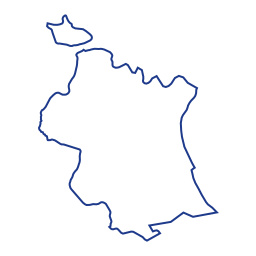 an SVG outline of Valencia
{"feature_id": "ESP-5849", "entity_name": "Valencia", "entity_type": "Autonomous Community", "adm_level": 1, "iso_a3": "ESP", "parent_name": "Spain", "parent_adm1": "", "projection": "natural_earth1", "projection_center": [-1.049, 39.449], "detail": "fine", "context": "isolated", "style": "outline", "palette": "blue", "viewbox_px": 256, "rotation_deg": 0, "n_neighbors": 0, "source": "natural_earth", "source_scale": "10m", "svg_char_len": 3492}
<svg xmlns="http://www.w3.org/2000/svg" viewBox="0 0 256 256"><path d="M197.0,88.1L196.3,89.7L196.1,93.3L195.3,95.8L194.0,97.7L191.1,100.7L189.5,102.9L188.1,105.5L187.4,108.0L186.7,109.9L182.9,115.2L181.7,117.8L180.8,123.2L181.2,130.6L182.0,136.9L184.4,146.8L191.9,162.7L193.2,165.1L194.7,167.7L193.2,168.7L191.5,170.1L192.2,172.8L193.4,178.2L195.4,183.1L198.5,188.6L201.6,194.6L206.1,202.2L207.9,204.4L212.4,207.8L216.9,212.4L193.0,216.8L183.4,212.6L170.8,221.9L149.4,225.5L152.9,231.4L155.2,230.6L156.9,230.4L158.4,231.2L160.0,233.3L147.0,240.6L144.8,239.4L142.7,237.1L133.3,231.8L131.2,231.6L123.0,233.6L121.2,232.8L118.1,229.4L116.9,228.6L115.7,228.6L113.2,229.3L112.0,229.2L111.0,228.7L109.3,226.9L110.5,226.0L110.7,223.5L111.1,222.8L111.4,221.8L111.4,221.1L109.8,216.5L109.8,215.3L110.4,213.0L110.4,211.9L109.8,210.5L105.9,203.9L104.4,202.9L103.2,202.4L102.0,202.2L101.1,202.3L100.5,202.6L98.6,203.8L96.4,204.3L93.1,204.1L89.8,204.9L86.5,205.0L84.9,204.2L82.9,202.6L71.3,189.2L70.4,187.8L69.7,185.4L69.6,183.9L69.9,182.6L70.3,181.6L70.5,180.6L70.9,179.5L72.2,177.4L72.6,176.3L73.3,174.0L73.9,173.0L75.3,171.1L76.1,170.3L76.9,169.4L77.9,167.3L78.2,166.3L78.7,164.9L78.9,164.0L79.3,163.1L79.6,162.0L79.9,159.8L79.8,158.7L79.8,157.6L79.7,156.4L80.0,154.1L80.2,153.0L80.6,151.8L80.5,150.7L79.7,149.5L63.9,144.5L62.6,144.4L61.7,144.4L60.4,143.9L55.0,140.4L52.5,139.6L51.4,139.6L50.7,140.0L50.1,140.1L49.0,140.1L48.3,140.2L47.8,140.1L47.4,139.1L47.3,138.2L47.1,137.3L47.0,136.6L46.6,136.0L45.5,135.7L45.1,135.1L44.9,134.5L44.1,134.3L43.5,133.8L43.1,132.9L42.8,132.2L41.2,131.9L40.5,130.6L40.0,130.3L39.5,129.7L39.2,129.0L39.1,128.3L39.1,127.4L39.8,126.4L40.5,123.8L40.4,122.2L40.7,121.6L41.2,121.2L41.5,120.8L41.4,120.5L41.3,120.4L41.2,120.2L40.9,119.7L41.0,118.3L40.9,117.6L40.9,116.8L41.1,116.2L41.3,115.3L41.3,115.0L41.3,114.9L41.1,114.4L40.9,113.9L40.8,113.4L40.8,112.9L40.9,112.3L41.6,110.8L42.0,110.2L43.1,109.7L44.3,108.5L45.7,106.8L50.0,98.6L50.7,97.7L53.4,95.0L55.5,93.3L56.6,92.9L57.7,92.7L58.8,92.8L60.8,93.8L61.7,94.3L62.8,94.7L65.0,94.7L66.1,94.5L67.1,94.0L68.1,93.3L68.8,92.4L69.3,91.3L69.3,89.9L68.8,87.6L68.7,86.5L68.8,85.3L69.1,83.9L71.9,79.1L73.2,77.4L74.1,76.0L75.0,73.7L76.8,66.0L77.1,63.6L77.2,61.3L77.5,59.0L77.5,57.9L77.3,57.0L76.5,55.6L76.3,54.8L76.7,54.0L77.6,53.0L82.1,51.0L83.6,49.8L85.5,51.0L88.3,50.2L89.4,50.1L91.6,49.4L94.6,48.8L98.8,49.0L100.9,48.8L102.2,49.0L104.2,49.5L110.1,52.2L111.8,54.2L112.3,55.4L112.1,56.6L111.7,57.6L111.4,58.6L111.4,59.6L111.8,60.5L112.3,61.3L112.5,62.3L112.5,63.4L112.5,64.6L112.6,65.7L113.2,66.6L114.3,67.2L115.5,67.7L117.6,67.6L119.2,67.2L125.8,63.9L127.9,65.1L132.3,72.4L135.2,72.9L137.8,67.7L141.9,70.1L143.3,76.7L143.3,79.0L143.0,80.5L143.1,81.8L144.5,83.2L146.4,83.6L148.5,82.8L150.3,81.3L152.2,78.4L156.6,76.1L163.1,86.2L165.8,87.0L168.6,86.0L171.3,83.6L174.9,78.0L178.9,75.9L183.3,77.4L187.7,82.8L197.0,88.1ZM65.2,15.4L65.9,15.6L66.3,16.3L67.0,18.3L68.0,20.4L68.6,21.4L69.4,22.3L70.2,23.1L71.1,23.6L71.7,24.1L71.8,24.8L71.8,25.5L72.1,26.4L73.0,27.3L75.4,28.4L83.0,29.2L86.0,31.1L89.9,34.2L91.4,35.8L91.8,36.9L91.9,37.9L91.6,38.9L90.9,39.8L90.0,40.5L84.4,43.2L81.6,43.9L79.5,44.3L78.7,44.7L76.5,45.2L74.3,45.3L73.2,45.5L72.0,46.0L70.1,45.9L66.9,44.7L59.4,43.5L58.1,43.6L57.0,43.2L55.9,42.4L52.6,32.9L52.1,31.1L51.8,30.0L51.3,29.3L48.5,27.7L47.7,26.9L47.1,26.2L47.6,23.3L53.9,24.8L57.6,24.8L60.1,24.3L62.3,23.4L62.9,22.3L63.1,21.2L62.6,19.0L62.9,17.7L63.6,16.5L65.2,15.4Z" fill="none" stroke="#1e3a8a" stroke-width="2"/></svg>